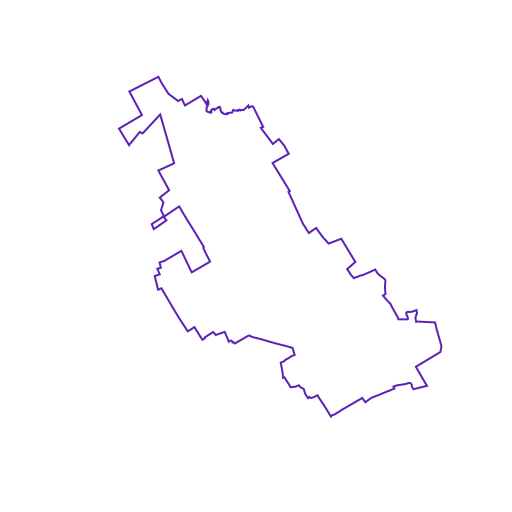 Tzucacab, Quintana Roo, Mexico (Mercator projection), rotated 142°
{"feature_id": "50627088B84672530546512", "entity_name": "Tzucacab", "entity_type": "district", "adm_level": 2, "iso_a3": "MEX", "parent_name": "Mexico", "parent_adm1": "Quintana Roo", "projection": "mercator", "projection_center": [-89.047, 19.921], "detail": "fine", "context": "isolated", "style": "outline", "palette": "violet", "viewbox_px": 512, "rotation_deg": 142, "n_neighbors": 0, "source": "geoboundaries", "source_scale": "gbopen_adm2", "svg_char_len": 5961}
<svg xmlns="http://www.w3.org/2000/svg" viewBox="0 0 512 512"><g transform="rotate(142 256 256)"><path d="M318.5,345.3L320.0,340.1L304.7,339.2L304.7,340.9L304.5,341.5L304.5,341.8L305.0,343.7L296.9,343.1L294.7,343.0L292.8,342.9L288.8,342.6L286.0,342.3L286.3,340.0L286.6,337.9L286.8,336.4L287.0,335.1L287.9,328.0L288.9,318.2L289.2,315.2L290.3,305.7L290.6,303.7L290.8,301.2L291.4,296.3L291.4,295.8L291.5,295.2L292.5,294.9L292.9,293.4L293.8,289.6L294.1,287.9L294.8,284.1L295.5,280.6L295.6,280.0L296.0,279.9L302.1,280.7L306.7,281.3L311.7,282.0L316.7,282.7L315.7,287.6L315.1,290.2L314.6,292.5L313.5,297.3L313.3,298.5L312.4,302.3L311.7,306.0L315.2,306.5L320.2,307.1L331.4,308.6L335.9,310.3L338.3,305.3L341.6,306.7L343.2,300.8L348.1,302.6L353.9,289.7L350.4,288.8L351.9,277.3L352.5,273.1L353.6,264.5L354.6,256.3L355.0,252.3L355.1,251.0L356.1,240.0L356.2,238.7L353.8,238.4L350.9,238.1L348.3,237.9L349.5,226.5L349.8,223.0L346.9,222.7L346.1,223.4L336.5,222.4L336.3,218.5L327.4,215.5L330.1,205.3L329.6,205.4L328.9,205.1L328.4,205.1L327.4,204.2L327.6,202.2L326.8,201.9L326.6,200.1L319.0,199.0L315.2,198.5L310.8,197.9L309.9,197.1L309.8,196.4L309.0,194.9L307.6,192.9L302.7,186.7L299.9,182.7L294.6,175.4L290.8,170.4L288.0,166.9L283.8,161.1L285.9,155.7L286.5,154.2L289.9,155.3L293.3,155.4L295.0,155.8L296.4,156.1L298.1,155.8L299.0,156.0L299.3,155.9L299.6,156.0L300.7,156.4L302.2,156.7L304.2,152.8L306.1,149.2L307.6,146.5L309.6,143.3L308.3,142.9L308.8,138.1L309.0,135.4L309.4,132.1L309.5,131.3L305.5,128.8L303.8,128.2L301.8,127.7L301.7,124.8L300.6,122.9L300.3,121.7L300.4,121.3L301.0,119.9L301.8,117.8L302.2,116.8L302.4,111.8L300.7,112.0L300.7,111.6L299.9,110.1L296.6,109.0L293.3,108.4L293.4,107.2L293.6,105.3L293.7,104.9L293.7,104.6L294.2,99.0L294.3,97.1L294.5,95.2L294.7,93.3L294.7,92.8L294.8,92.1L294.8,91.8L294.8,91.4L294.9,91.2L295.0,90.6L295.0,90.2L295.0,89.9L295.1,89.5L295.2,88.2L295.7,84.5L295.7,84.3L295.8,83.3L295.4,83.4L295.1,83.5L294.6,83.7L293.9,83.6L293.5,83.5L293.1,83.4L292.9,83.3L292.6,83.1L292.3,83.1L291.6,82.8L289.9,82.6L289.2,82.5L288.7,82.5L288.2,82.4L286.5,82.2L285.8,82.1L285.0,82.0L284.1,82.1L283.5,82.0L259.7,78.7L259.8,77.7L259.8,73.4L258.5,73.4L257.7,73.4L252.9,73.2L252.5,73.2L249.6,72.4L247.2,71.7L246.4,71.4L245.1,71.0L244.5,70.8L242.1,70.2L241.2,69.9L240.7,69.8L237.2,68.8L236.3,68.6L233.5,67.7L232.7,67.5L231.4,67.1L230.9,67.0L228.5,66.3L228.2,68.2L228.1,68.5L226.3,67.9L225.2,67.6L222.4,66.1L221.4,65.5L220.1,64.8L218.9,64.1L218.5,63.9L216.9,63.1L215.8,62.5L215.2,62.4L214.1,62.0L213.5,61.6L213.0,61.2L212.8,61.0L212.5,60.4L212.5,59.9L212.5,59.4L212.6,59.1L212.6,58.6L212.7,58.4L212.9,58.1L213.1,57.8L213.5,57.1L213.7,56.6L213.8,56.1L213.8,55.1L213.9,54.1L211.6,53.1L210.5,52.6L201.2,48.4L200.7,52.5L198.2,70.3L169.8,66.8L165.4,70.7L158.5,87.6L157.1,90.5L155.8,93.4L168.6,104.5L170.3,105.5L170.1,106.0L169.6,106.8L168.8,108.6L168.6,109.0L168.2,109.3L167.6,109.7L167.5,109.8L167.2,110.0L166.9,110.2L166.6,110.4L166.2,110.8L165.8,111.0L165.7,111.1L165.1,111.2L164.6,111.5L164.3,111.9L164.1,112.2L163.9,112.6L163.8,112.8L163.6,113.5L163.3,113.8L163.0,114.2L162.8,114.5L166.5,115.8L167.4,116.1L168.1,116.5L169.1,117.0L169.3,117.3L169.7,117.7L169.8,117.8L171.7,118.9L172.1,118.9L172.3,118.9L173.1,118.0L173.3,117.6L173.5,117.2L173.8,115.5L174.0,115.2L174.0,114.9L174.3,114.2L174.8,113.3L174.9,112.9L175.4,112.9L175.8,113.0L176.2,113.2L182.8,118.5L182.1,120.2L180.2,132.4L179.5,135.6L180.1,140.5L180.3,146.6L177.4,146.3L173.7,151.9L172.4,153.5L171.8,154.0L169.2,156.9L168.8,157.6L169.1,159.9L170.2,163.5L170.9,167.8L170.4,171.9L176.2,173.3L179.1,174.1L182.9,175.0L186.8,176.7L188.7,177.0L189.7,177.4L191.4,178.0L192.5,178.1L192.6,178.9L192.6,180.1L192.7,181.4L192.8,181.9L192.8,182.5L192.4,186.5L192.4,187.3L192.3,188.1L192.3,188.7L192.2,189.4L192.2,189.6L181.4,190.1L178.2,217.1L178.6,217.2L179.7,217.6L180.7,217.8L181.1,218.0L181.5,218.1L181.9,218.2L182.0,218.3L183.8,218.8L185.0,219.2L186.0,219.5L186.6,219.7L187.3,219.9L187.7,220.0L188.8,220.4L189.1,220.5L189.5,220.5L190.1,220.8L190.9,221.0L191.2,221.1L191.2,222.4L191.3,222.9L191.3,223.7L191.3,224.5L191.4,225.4L191.5,226.8L191.6,227.3L191.6,227.6L191.7,228.7L191.7,229.5L191.8,230.4L191.7,231.5L191.7,232.0L191.7,232.7L191.5,236.7L191.5,237.7L191.4,239.2L191.4,239.7L191.3,241.0L192.7,241.1L194.0,241.2L197.8,241.4L199.2,241.5L200.2,241.5L200.1,242.0L200.1,242.6L200.0,243.9L200.0,244.3L199.9,244.7L199.6,247.5L199.5,248.5L199.5,248.9L199.1,252.8L190.9,286.6L189.4,286.4L185.7,319.1L167.3,316.4L165.8,325.6L166.0,334.0L173.7,333.9L173.3,354.0L170.9,353.3L169.3,360.9L166.3,375.4L167.2,376.6L170.2,377.2L169.3,379.3L175.2,378.7L176.2,378.8L176.7,379.5L178.0,380.2L178.5,380.3L178.4,380.7L179.0,381.6L180.6,381.3L180.9,382.4L181.6,382.3L183.2,383.7L184.0,385.1L186.6,383.7L187.4,384.3L190.6,386.3L191.3,385.4L192.3,386.0L192.5,386.5L194.0,388.1L194.0,389.6L194.6,389.8L194.7,391.3L194.3,391.9L193.8,393.5L192.9,394.6L192.8,395.8L193.9,396.5L194.4,396.2L197.4,396.7L198.8,396.5L198.8,398.2L199.9,398.7L200.7,398.3L201.8,398.4L202.6,396.7L203.6,396.7L203.9,398.0L204.8,398.4L205.4,399.5L205.7,401.0L204.9,401.7L203.1,403.8L201.9,403.9L201.4,404.7L200.3,404.7L198.9,406.3L198.2,408.0L198.1,408.5L201.5,406.2L201.2,408.7L200.7,416.0L219.3,418.4L217.7,425.3L222.0,426.2L225.1,437.6L224.0,449.8L222.6,457.3L254.5,463.6L259.1,437.3L285.5,440.7L286.2,435.0L287.8,421.5L286.2,422.0L285.5,422.1L271.2,425.3L269.9,422.4L244.4,426.5L245.9,422.7L257.3,394.5L263.4,379.5L268.7,380.7L270.7,381.2L272.0,381.5L275.6,382.3L277.8,382.9L278.2,382.9L278.8,383.2L279.1,383.3L279.7,383.4L280.3,383.5L280.5,382.1L280.7,381.0L281.0,379.5L281.9,373.9L282.7,368.9L283.1,366.6L283.3,365.4L283.5,364.1L283.7,363.4L283.8,362.2L284.0,361.3L285.9,361.3L286.2,361.3L286.8,361.3L287.9,361.3L288.6,361.3L289.7,361.3L290.8,361.3L291.9,361.3L296.0,361.2L295.8,359.8L295.8,358.8L295.9,357.5L296.0,355.2L298.2,353.6L302.7,350.5L304.0,344.2L311.9,344.7L316.4,345.2L318.5,345.3Z" fill="none" stroke="#5b21b6" stroke-width="2"/></g></svg>